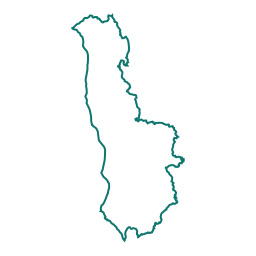 the district of South Pentecost, Penama, Vanuatu
{"feature_id": "77236927B26807877785061", "entity_name": "South Pentecost", "entity_type": "district", "adm_level": 2, "iso_a3": "VUT", "parent_name": "Vanuatu", "parent_adm1": "Penama", "projection": "albers", "projection_center": [168.224, -15.887], "detail": "fine", "context": "isolated", "style": "outline", "palette": "teal", "viewbox_px": 256, "rotation_deg": 0, "n_neighbors": 0, "source": "geoboundaries", "source_scale": "gbopen_adm2", "svg_char_len": 5890}
<svg xmlns="http://www.w3.org/2000/svg" viewBox="0 0 256 256"><path d="M72.3,28.0L72.3,28.4L73.6,29.3L76.1,29.7L77.1,30.3L77.7,31.8L79.8,33.3L80.8,35.7L82.4,36.9L83.2,40.1L83.3,42.0L83.0,46.0L84.0,47.9L86.9,51.4L87.7,53.7L88.0,55.8L88.0,60.4L87.7,63.5L87.4,65.2L87.5,66.4L87.4,69.8L85.6,79.9L85.7,81.1L86.3,83.6L86.1,86.2L86.6,89.1L86.8,93.1L85.4,96.2L85.6,97.0L86.8,99.5L86.9,100.8L86.6,103.2L89.1,108.3L89.8,110.2L91.1,116.6L91.2,120.9L91.9,124.5L92.1,124.4L93.1,126.1L95.8,128.0L96.8,129.3L97.8,131.7L98.8,140.0L99.6,141.3L104.2,147.0L105.1,149.7L105.0,154.8L104.7,159.9L102.6,169.8L101.3,172.8L103.5,176.8L106.1,179.1L107.5,180.8L108.1,182.4L109.0,183.4L109.2,186.3L109.0,188.6L108.5,189.8L107.7,193.9L107.3,194.4L105.3,199.8L103.9,202.8L103.0,204.3L101.5,205.5L100.8,208.3L100.9,209.7L101.2,210.3L100.6,211.1L102.6,211.9L103.4,212.4L104.3,214.6L105.5,216.7L105.4,217.3L104.8,217.6L105.0,218.4L105.5,218.9L106.7,219.3L107.1,220.1L107.6,219.8L107.9,220.4L108.4,220.6L109.6,220.7L110.6,221.8L110.8,222.4L112.3,223.8L113.8,224.6L115.6,226.6L116.0,226.7L116.5,227.5L117.2,229.1L118.6,230.2L119.9,232.1L121.5,233.7L122.4,236.2L122.8,238.3L124.5,240.6L124.7,240.3L124.9,238.9L125.5,238.2L125.8,236.4L125.2,234.1L125.3,232.9L126.0,230.8L127.2,228.7L128.5,227.4L129.0,227.2L129.7,227.2L130.8,228.6L131.7,228.9L132.7,228.3L133.4,228.2L135.8,228.8L136.4,229.5L137.2,231.2L137.1,232.4L136.9,232.6L137.0,234.4L137.4,234.5L138.1,235.4L137.9,236.6L138.0,237.2L138.4,237.1L139.0,236.2L140.7,235.2L140.8,234.7L141.3,234.2L141.7,234.1L142.4,234.6L143.1,234.2L144.1,234.2L144.9,233.6L146.0,233.5L147.6,232.5L148.0,232.5L148.2,232.9L149.4,232.6L149.8,233.0L152.0,232.4L152.1,231.7L152.6,231.3L152.8,230.6L153.1,230.4L153.4,228.8L154.3,228.5L154.2,228.1L153.7,227.5L153.6,227.0L154.1,226.0L155.0,225.7L154.9,224.0L155.7,223.4L155.6,222.9L155.9,222.9L156.2,223.6L156.7,223.9L158.3,223.6L159.1,222.4L159.4,222.4L159.5,223.1L159.8,223.1L161.0,221.5L161.5,220.2L161.5,219.3L160.9,218.7L160.9,217.4L160.6,216.8L161.4,213.6L162.4,212.5L163.7,211.6L164.0,211.0L164.5,210.8L165.2,210.1L166.4,209.6L166.4,208.4L167.5,207.6L167.9,206.9L168.7,206.3L168.8,205.6L169.9,204.9L170.7,204.5L171.9,204.3L172.3,203.7L172.9,203.6L173.1,203.3L173.6,203.4L173.9,203.8L175.3,203.7L176.5,202.7L177.2,202.5L177.2,201.9L176.7,201.8L176.6,200.4L175.9,200.3L175.1,198.7L175.2,198.3L176.2,197.9L175.4,197.1L174.8,197.1L175.4,196.3L174.8,196.2L174.7,195.3L174.9,194.7L176.0,193.6L176.1,193.0L175.3,191.2L174.1,190.4L173.6,189.6L173.2,189.7L173.1,189.3L173.0,188.9L173.6,188.1L173.8,187.2L173.5,186.7L173.6,186.3L173.3,185.5L172.8,185.3L172.6,184.2L173.5,183.3L173.5,183.0L172.0,181.8L171.9,181.2L171.6,181.2L172.2,179.3L172.2,177.9L171.7,176.5L169.4,174.1L168.7,172.4L167.6,171.9L167.0,171.2L166.1,168.0L165.1,167.3L167.0,167.7L168.8,165.9L170.6,165.3L171.9,165.1L173.1,165.2L174.3,165.7L175.3,166.4L175.4,166.8L176.7,166.7L177.2,167.1L177.6,167.0L178.1,166.5L178.9,166.3L179.2,165.1L178.7,164.7L179.3,163.5L180.0,163.0L181.6,163.3L182.0,162.6L182.2,161.5L181.9,161.2L181.7,160.3L182.5,159.6L183.2,159.6L183.7,159.9L183.7,159.0L182.0,158.6L181.5,158.7L181.8,157.6L180.9,157.3L180.4,157.6L179.9,157.1L178.5,156.7L177.8,157.0L177.0,156.9L176.5,157.2L175.4,156.9L175.2,155.8L173.9,155.8L172.9,155.3L172.4,153.6L173.1,152.5L172.6,150.9L172.1,150.0L172.3,148.8L172.6,148.3L173.2,146.1L173.2,144.7L174.1,142.7L174.8,142.2L174.8,141.4L173.8,140.6L174.0,139.8L173.7,139.4L173.8,138.8L174.5,137.9L176.6,138.3L177.1,137.2L178.1,136.8L177.8,136.5L176.9,136.2L176.6,135.5L175.7,134.7L175.8,134.2L175.3,133.4L176.3,132.0L175.4,130.7L174.0,129.7L174.0,127.9L173.0,127.5L172.6,126.2L169.3,126.7L169.0,126.5L168.7,125.4L168.9,124.9L168.6,124.5L166.2,124.9L165.4,124.4L163.4,123.8L162.6,123.0L159.1,122.7L158.4,123.0L157.3,122.8L155.6,123.0L154.8,124.1L154.5,124.1L154.2,123.5L153.7,123.3L153.4,122.8L153.5,122.2L152.7,122.1L152.5,121.7L152.2,121.7L148.6,122.7L147.7,123.3L146.6,122.2L146.5,121.2L145.9,120.4L143.3,120.9L141.6,119.6L140.5,119.8L139.9,119.6L139.2,119.9L138.9,120.7L138.2,121.3L137.8,120.8L137.3,120.7L136.8,120.2L135.9,120.3L135.5,119.6L135.6,118.9L136.1,119.0L137.0,118.3L137.5,118.6L138.8,117.7L139.2,116.3L139.0,115.5L139.5,114.8L139.4,114.2L139.7,113.4L139.4,110.8L139.7,109.4L137.2,106.9L136.5,103.7L136.1,102.7L136.0,101.4L135.1,99.4L135.2,99.0L136.5,97.8L136.1,95.5L135.5,95.0L133.1,94.8L131.8,94.2L130.2,94.2L129.4,93.6L128.7,92.5L126.9,91.4L127.2,90.4L128.2,89.9L128.4,89.3L129.1,88.8L129.5,87.9L130.1,87.6L130.2,87.4L129.8,86.7L129.8,85.5L129.2,84.1L128.0,83.4L127.4,82.4L126.2,82.0L125.3,81.4L124.7,81.2L124.8,80.4L124.3,79.6L123.1,78.7L121.8,77.2L121.9,75.2L122.2,74.5L122.4,72.3L122.1,71.6L121.2,70.6L121.0,69.9L120.1,69.5L119.7,68.8L119.9,67.2L119.7,66.9L119.0,66.9L118.7,67.1L118.0,66.5L118.4,65.8L119.9,64.7L119.7,63.8L120.0,62.8L120.6,62.2L120.9,60.7L122.0,60.4L123.5,60.8L124.0,61.8L124.0,62.1L123.5,62.9L123.9,64.6L124.8,64.9L125.4,65.5L127.3,65.5L126.8,64.8L126.4,63.8L127.7,62.6L127.3,62.5L127.8,61.5L127.7,59.3L126.1,57.6L127.1,56.5L127.1,54.4L127.2,54.7L127.7,53.1L129.0,50.9L128.8,49.8L129.1,48.7L128.5,42.4L127.7,39.5L125.9,36.7L124.9,37.1L124.3,37.8L123.2,38.2L122.2,38.2L120.8,35.1L120.2,35.0L120.0,34.3L120.5,33.6L120.5,33.1L119.8,31.5L120.2,30.7L120.3,30.2L119.4,28.7L118.1,27.2L117.2,25.6L117.0,24.5L117.2,23.9L116.8,22.7L115.6,21.8L114.7,21.9L114.4,21.4L114.6,20.8L114.2,19.6L112.4,17.4L112.2,15.4L111.5,16.1L108.5,15.4L108.2,16.5L108.7,19.0L107.6,20.9L106.9,21.2L105.7,21.3L103.5,21.8L103.0,22.4L102.5,22.4L101.5,21.8L101.3,21.2L99.9,19.8L99.8,19.2L99.0,18.6L97.7,18.7L97.4,18.4L97.4,17.4L97.1,17.1L94.7,17.0L93.9,17.5L93.3,17.6L92.4,17.0L92.2,15.9L90.4,15.4L89.7,15.8L88.7,17.2L87.8,17.7L86.6,18.2L84.8,17.9L83.5,19.3L83.2,20.6L80.4,22.0L79.4,23.3L77.0,24.2L75.7,25.3L73.7,27.4L72.3,28.0ZM183.0,160.2L182.9,161.0L183.4,161.4L183.6,161.1L183.0,160.2Z" fill="none" stroke="#0f766e" stroke-width="2"/></svg>